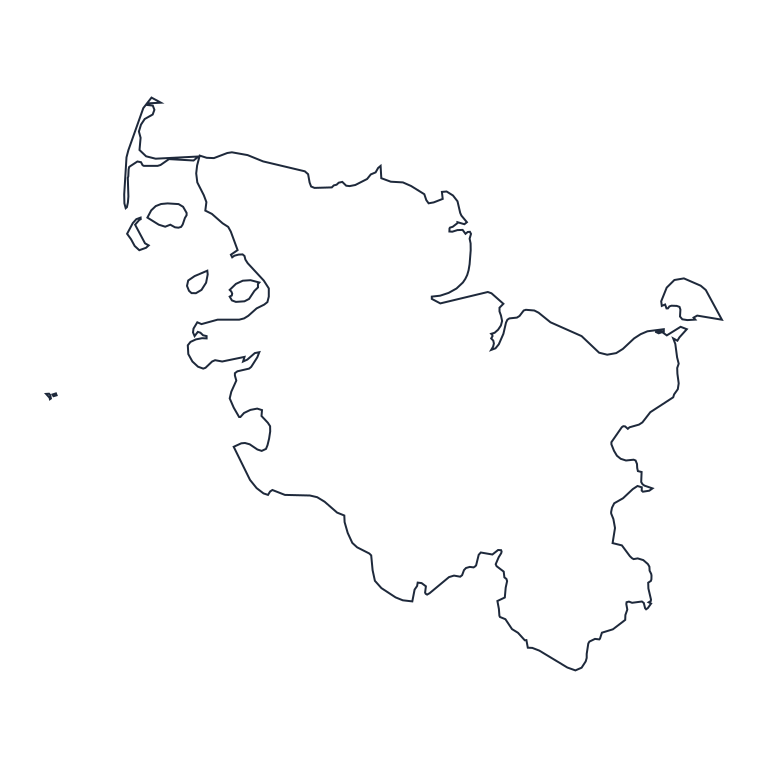 outline of Schleswig-Holstein
{"feature_id": "DEU-1579", "entity_name": "Schleswig-Holstein", "entity_type": "State", "adm_level": 1, "iso_a3": "DEU", "parent_name": "Germany", "parent_adm1": "", "projection": "mercator", "projection_center": [9.834, 54.215], "detail": "fine", "context": "isolated", "style": "outline", "palette": "slate", "viewbox_px": 768, "rotation_deg": 0, "n_neighbors": 0, "source": "natural_earth", "source_scale": "10m", "svg_char_len": 6122}
<svg xmlns="http://www.w3.org/2000/svg" viewBox="0 0 768 768"><path d="M231.9,152.3L247.6,155.1L263.1,161.4L304.8,171.3L308.1,174.2L309.6,182.5L311.1,186.5L314.5,187.9L331.8,187.4L333.8,185.4L336.6,184.7L338.7,182.7L342.3,181.9L346.2,185.7L349.6,186.1L355.3,185.0L367.1,179.0L370.8,174.4L375.6,172.4L378.1,168.0L380.6,165.9L381.3,178.2L390.8,181.7L402.9,182.4L411.1,186.0L424.3,194.2L426.3,200.1L428.6,203.3L433.7,202.4L442.7,198.9L441.9,191.9L446.6,191.5L453.0,195.5L457.5,201.3L460.2,212.9L461.4,215.6L466.9,222.2L464.4,224.2L457.5,222.2L457.6,223.0L452.7,226.8L450.0,227.6L449.5,228.4L449.4,231.5L452.3,231.7L457.4,230.1L462.6,229.9L465.5,233.8L467.7,232.0L469.9,231.8L471.0,233.9L469.6,238.7L470.6,243.4L470.7,250.2L469.6,264.2L468.6,270.2L467.2,275.0L465.3,278.9L462.9,282.5L456.5,288.5L448.6,292.9L440.1,295.7L431.8,296.6L431.8,298.9L440.3,303.4L487.8,292.0L491.5,293.3L503.4,303.8L499.5,307.7L499.5,311.4L501.0,315.6L502.1,321.0L500.9,325.5L498.1,329.7L494.6,332.8L491.2,333.8L492.4,335.1L492.5,336.2L491.2,338.4L493.3,340.7L493.9,343.5L493.1,346.7L491.2,349.9L495.5,348.3L498.8,344.3L503.4,333.8L506.0,322.6L507.4,319.7L509.4,318.4L516.9,317.6L519.5,316.0L523.7,310.5L525.9,309.8L534.3,310.5L538.6,312.7L550.5,322.3L581.6,336.1L599.1,352.7L607.2,354.7L616.2,353.1L622.9,348.9L634.1,338.4L640.6,334.2L647.4,331.3L663.8,329.2L663.8,331.5L655.3,331.7L658.7,333.3L662.2,332.1L666.8,335.4L680.6,326.8L686.8,329.2L679.4,337.4L677.4,340.7L673.2,338.4L675.3,343.9L677.1,357.4L678.7,363.7L677.2,368.0L677.4,373.7L678.7,383.4L677.8,389.2L674.1,394.4L673.2,397.3L650.3,412.2L642.4,422.4L639.0,424.6L629.5,427.3L627.8,428.8L625.1,426.4L623.3,426.2L621.8,427.2L611.4,442.2L611.4,444.3L614.0,450.8L616.9,455.7L620.7,458.8L626.0,460.5L633.6,459.7L635.6,460.5L637.0,464.0L637.2,468.0L637.9,471.1L641.6,472.0L641.2,482.0L642.5,484.2L644.4,485.6L652.5,488.4L649.3,490.7L642.9,491.7L641.7,490.6L641.8,487.3L637.5,486.0L632.8,489.1L623.1,498.2L614.2,503.3L612.0,507.7L611.1,512.1L611.2,513.6L613.4,519.1L615.0,528.0L612.6,543.1L621.9,545.4L629.9,556.2L632.0,558.2L633.6,559.1L637.7,558.4L643.3,560.1L647.9,564.1L649.4,566.7L649.6,570.7L651.2,573.9L651.5,575.6L651.4,579.3L650.9,580.9L648.2,582.7L648.4,588.5L651.0,599.6L650.8,601.0L648.7,602.3L651.1,603.5L647.9,608.0L646.1,609.3L645.1,608.2L643.8,603.0L641.9,601.5L632.1,602.8L628.9,601.6L626.6,602.2L626.3,604.0L627.3,609.6L625.4,615.0L625.2,619.9L612.9,629.3L601.9,632.7L600.0,638.6L599.3,639.4L595.0,638.9L589.4,641.6L588.3,643.5L586.7,653.9L586.7,657.9L585.7,661.4L581.6,667.7L575.4,670.4L567.3,667.5L539.3,650.6L532.3,647.9L527.8,647.7L526.4,640.1L524.8,640.3L518.0,632.8L512.0,629.1L505.4,619.2L500.0,617.0L499.4,615.8L498.9,609.0L497.4,601.0L504.8,597.5L505.7,587.6L507.1,581.1L506.4,578.9L504.4,577.4L503.7,571.6L496.6,566.2L495.7,564.2L498.7,557.2L501.2,553.2L501.6,551.6L501.1,550.2L498.1,550.0L492.4,554.5L480.8,552.5L478.7,554.8L476.1,565.4L475.1,566.4L473.6,567.4L469.8,566.9L466.0,568.0L464.0,570.1L462.1,575.2L460.2,576.7L454.0,575.6L449.0,577.1L429.6,593.2L427.1,594.6L425.7,593.8L425.1,592.6L425.9,586.3L421.6,583.1L417.7,582.6L417.1,586.0L414.6,589.6L412.3,601.4L402.8,600.3L395.6,597.4L381.4,588.1L374.9,580.8L372.6,570.2L371.2,555.4L369.3,553.5L357.1,547.3L352.3,542.9L347.7,532.9L344.6,522.1L344.3,515.5L337.1,512.6L324.7,501.8L317.2,497.2L309.9,495.5L284.9,494.9L272.4,490.0L270.1,491.5L268.0,494.9L263.5,493.4L256.6,488.1L250.0,479.9L233.7,446.8L241.3,443.3L245.0,443.0L249.7,444.3L257.4,449.5L261.7,450.9L266.0,448.9L267.5,445.2L269.1,438.6L270.2,431.4L270.1,426.2L267.8,422.7L261.5,416.0L262.0,410.1L257.2,408.6L250.4,409.9L244.0,413.0L240.4,417.0L239.1,417.0L233.7,407.6L229.7,398.4L231.3,391.7L236.3,380.6L234.9,375.5L234.9,373.2L237.4,371.3L249.1,368.6L251.2,366.9L257.3,357.3L259.3,352.2L254.8,353.1L247.3,359.6L243.1,361.5L244.5,356.9L222.2,361.5L215.1,360.2L212.1,361.5L205.5,367.8L203.2,368.6L198.0,366.7L192.4,361.5L188.3,354.1L187.8,345.3L190.5,341.9L195.9,339.4L202.0,338.2L206.6,338.4L206.6,336.1L203.1,335.3L200.4,332.7L197.8,331.9L194.6,336.1L193.0,332.4L193.5,328.6L197.3,322.3L201.5,324.1L217.5,319.7L239.1,319.7L244.1,318.4L248.3,315.8L256.6,308.4L264.2,304.6L267.4,302.1L268.8,296.6L268.8,288.4L263.8,280.6L247.7,263.2L245.4,259.6L244.5,256.0L242.6,254.4L238.6,254.6L234.4,255.7L232.2,257.3L230.9,254.7L237.6,250.1L230.8,231.6L228.2,226.9L222.6,223.3L211.9,213.9L205.3,210.6L206.4,202.1L203.8,195.2L197.3,182.4L196.2,173.4L197.1,165.5L199.7,155.6L206.7,157.8L213.9,158.1L227.3,153.0L231.9,152.3ZM705.8,290.0L721.9,319.7L697.2,315.6L693.6,317.6L695.3,319.6L687.4,320.1L682.3,319.3L680.0,316.5L680.4,309.6L679.5,306.9L676.7,305.9L671.5,305.7L669.4,306.4L667.9,308.4L666.5,308.4L665.1,304.5L661.8,305.9L661.2,301.3L666.7,287.6L674.4,280.0L683.9,278.4L700.7,285.7L705.8,290.0ZM140.6,137.8L139.5,150.0L146.1,156.3L155.6,158.7L198.5,156.5L193.6,160.5L169.0,159.1L160.5,165.0L157.5,165.9L143.9,165.9L142.6,165.2L141.0,162.2L137.4,161.5L130.2,166.2L129.1,167.1L128.6,169.6L128.3,176.4L127.8,177.8L128.4,196.4L127.9,202.5L126.9,207.2L125.7,208.2L124.4,203.4L124.2,194.4L126.5,157.3L128.4,150.1L143.3,108.1L151.5,97.6L160.9,102.7L148.9,103.3L147.4,105.0L152.8,105.6L154.4,109.8L152.7,114.5L144.7,119.0L141.0,124.6L138.9,131.5L140.6,137.8ZM167.6,203.4L178.6,204.1L183.1,206.8L186.6,212.9L186.6,215.2L184.9,218.0L182.7,224.5L181.1,226.9L178.4,227.7L175.0,227.3L170.3,224.7L165.2,226.7L158.8,224.7L147.4,217.6L151.2,210.4L155.7,206.1L161.1,204.0L167.6,203.4ZM259.3,282.5L257.9,284.0L258.0,287.4L254.4,290.9L249.1,298.9L244.5,301.3L235.9,301.9L231.9,300.4L229.7,296.6L231.8,295.5L232.2,293.6L231.3,291.5L229.7,289.9L235.9,283.9L242.8,280.7L250.6,280.2L259.3,282.5ZM194.6,276.1L207.3,270.7L207.7,274.4L206.1,282.7L201.5,289.9L195.9,293.2L191.5,293.1L189.0,290.8L187.0,285.9L188.2,280.5L194.6,276.1ZM135.1,224.7L145.0,243.3L148.7,245.4L146.0,247.8L139.3,250.2L134.7,246.0L131.0,239.2L127.1,233.8L132.8,223.1L136.3,219.2L140.6,217.6L140.7,219.2L139.3,219.9L135.1,224.7ZM50.9,398.5L49.9,399.2L49.6,397.8L46.1,393.9L49.0,393.7L50.2,395.0L50.9,398.5ZM52.5,394.5L55.9,393.4L56.6,395.3L53.5,396.2L52.5,394.5Z" fill="none" stroke="#1e293b" stroke-width="2"/></svg>